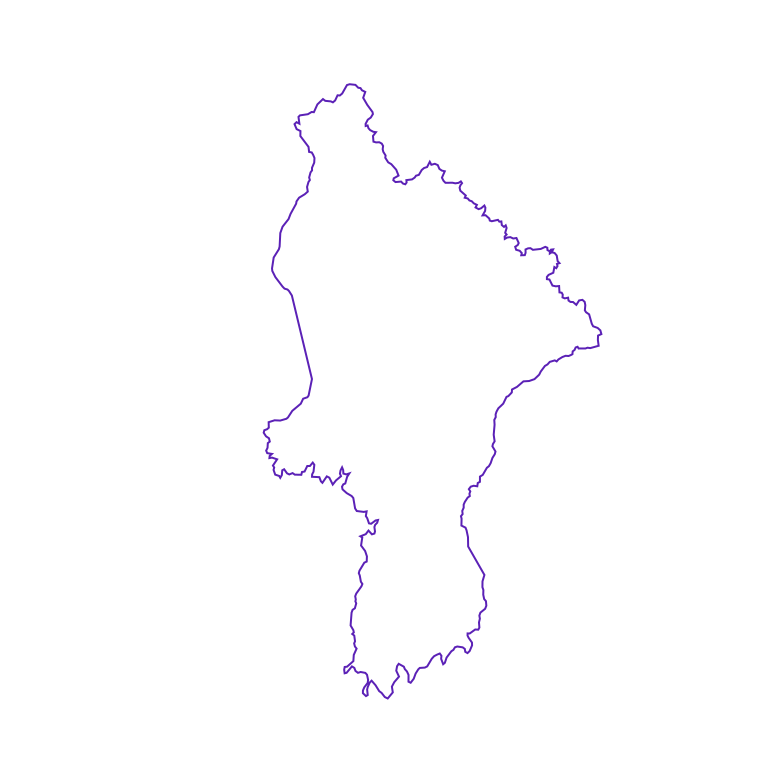 Jaciara, Mato Grosso, Brazil, rotated 320°
{"feature_id": "56859067B94463601942766", "entity_name": "Jaciara", "entity_type": "district", "adm_level": 2, "iso_a3": "BRA", "parent_name": "Brazil", "parent_adm1": "Mato Grosso", "projection": "albers", "projection_center": [-55.21, -15.967], "detail": "fine", "context": "isolated", "style": "outline", "palette": "violet", "viewbox_px": 768, "rotation_deg": 320, "n_neighbors": 0, "source": "geoboundaries", "source_scale": "gbopen_adm2", "svg_char_len": 6167}
<svg xmlns="http://www.w3.org/2000/svg" viewBox="0 0 768 768"><g transform="rotate(320 384 384)"><path d="M250.9,359.3L250.1,361.9L253.2,365.5L250.2,365.6L248.6,367.1L250.9,368.4L253.7,373.0L246.5,375.1L246.2,377.4L244.2,378.8L242.4,383.5L244.6,387.1L244.2,389.2L247.2,388.1L250.6,384.7L252.7,385.1L252.3,390.1L253.3,392.4L256.7,393.5L257.4,396.1L262.3,400.4L264.6,398.7L266.9,400.0L272.5,397.5L274.5,399.2L278.9,398.4L278.7,401.1L273.6,405.9L270.9,407.0L269.2,408.8L274.6,413.8L273.1,418.0L273.3,420.1L280.8,418.0L281.9,420.6L280.1,428.1L285.3,427.0L291.8,427.0L292.6,424.4L295.1,422.3L298.3,420.9L297.4,423.7L295.3,426.5L297.0,429.0L300.0,430.2L296.1,431.4L290.4,435.3L288.3,434.7L285.8,435.7L284.5,438.1L285.3,443.6L287.2,449.0L287.2,451.6L281.9,460.7L281.5,463.8L286.3,469.0L288.8,470.4L285.2,473.5L284.9,476.0L282.9,481.1L284.3,482.8L289.8,483.1L292.0,484.3L289.6,485.9L286.7,486.2L284.7,487.4L282.3,491.2L280.5,492.4L278.1,491.4L277.9,486.3L273.5,487.3L268.0,485.5L268.7,487.6L262.6,493.0L262.2,499.8L260.1,505.1L256.6,508.9L254.1,508.2L245.3,511.2L243.1,512.7L242.4,515.0L239.2,520.6L238.9,523.3L236.6,524.5L228.0,526.7L225.5,528.1L223.9,530.9L222.4,532.1L221.7,534.2L217.5,537.1L214.8,536.8L212.2,538.3L203.2,547.5L202.3,552.8L201.2,554.9L199.0,555.1L199.5,557.6L196.4,562.5L194.4,563.5L193.0,566.4L192.9,569.1L186.7,572.1L182.4,576.6L174.0,576.8L172.0,575.5L169.8,577.3L167.9,580.3L169.7,581.2L177.9,579.7L178.8,582.4L177.7,585.5L178.4,588.5L181.0,589.6L184.0,593.3L184.1,595.8L181.6,600.5L179.3,602.5L173.9,603.7L170.8,605.3L169.1,607.3L169.6,611.5L171.6,611.8L174.7,607.2L176.9,605.6L181.3,603.5L183.8,603.3L183.9,609.3L182.9,616.2L183.6,619.1L183.4,624.3L184.7,627.3L192.5,625.9L195.5,620.9L200.2,619.0L207.4,617.8L209.1,611.5L212.6,608.6L215.4,607.8L217.5,613.3L216.7,615.8L216.8,619.0L215.8,622.6L211.4,627.8L212.4,630.0L217.3,628.9L222.2,626.1L226.9,624.6L228.9,624.5L233.0,627.5L235.6,628.1L243.9,625.2L247.4,624.7L250.6,625.4L253.5,626.3L253.3,629.1L251.1,631.3L249.2,636.7L251.4,636.7L256.1,633.8L263.9,632.0L266.2,632.3L269.1,631.3L271.4,632.2L275.0,636.3L275.6,638.9L274.1,641.4L275.0,643.8L278.0,643.6L283.5,640.8L285.2,638.6L285.7,632.7L286.3,630.4L287.7,628.8L289.3,630.2L296.1,630.7L298.3,632.8L300.5,631.9L303.5,627.7L306.6,625.4L308.2,622.7L310.9,621.1L317.0,621.2L319.9,619.6L322.5,615.9L322.5,613.1L324.6,609.2L327.7,605.7L328.8,602.9L332.6,598.5L338.2,594.8L344.0,562.6L349.9,555.3L353.2,549.1L354.1,546.4L352.3,542.2L356.9,537.0L358.0,534.7L360.6,534.2L362.4,531.5L365.5,530.0L367.5,527.6L370.1,526.3L375.1,524.8L377.7,525.0L378.9,523.0L381.1,521.7L381.4,519.1L384.5,518.4L387.3,519.6L389.7,522.3L392.2,520.1L394.6,520.6L398.0,516.6L401.2,517.1L409.0,514.3L411.5,514.4L414.8,513.2L419.6,510.3L423.7,509.0L426.0,507.4L427.0,501.4L428.9,500.0L431.9,499.0L435.4,493.4L442.5,486.3L445.4,482.4L448.3,481.2L450.0,479.0L452.4,477.5L456.0,476.1L462.7,475.7L469.6,472.6L471.5,473.2L476.5,472.6L478.5,470.5L484.0,471.7L492.5,471.6L497.1,475.0L502.4,477.0L508.9,476.6L512.1,475.2L518.9,473.6L521.8,474.1L525.2,473.6L530.0,475.7L530.8,477.7L533.4,477.3L538.0,478.0L541.2,479.1L543.4,481.2L545.6,481.9L547.5,482.3L549.5,480.3L551.9,480.4L554.3,479.2L556.2,479.9L555.9,481.9L561.2,486.3L563.2,487.0L565.1,489.1L573.0,492.7L576.1,487.8L579.1,484.5L582.6,485.5L584.2,482.0L583.7,478.4L581.3,474.2L581.9,471.4L585.9,462.5L584.9,458.9L585.2,456.7L588.9,453.0L590.5,450.1L590.1,447.1L587.2,445.4L582.2,447.0L581.5,442.7L579.6,441.0L579.0,438.7L580.5,436.2L577.5,434.6L576.4,432.4L578.4,430.4L578.8,428.3L577.3,426.6L581.1,421.5L578.4,419.6L576.3,416.9L577.9,410.3L576.2,408.4L577.6,406.7L580.2,406.2L585.2,407.6L589.7,403.9L590.4,406.0L592.7,405.2L593.7,403.2L596.1,404.2L596.0,401.5L598.9,396.6L598.9,393.3L597.2,390.9L594.9,390.6L596.3,389.0L595.3,386.5L596.7,384.6L595.7,382.6L590.9,381.3L584.3,376.9L583.5,374.1L581.6,372.7L578.9,371.9L576.8,374.5L574.7,375.8L571.9,373.6L573.7,372.3L573.6,369.2L571.5,366.1L572.7,363.2L575.8,363.5L577.8,362.6L579.3,357.3L576.5,355.6L575.2,352.7L572.5,351.0L569.8,350.5L571.2,348.6L574.0,348.3L574.0,346.1L578.2,343.3L579.2,340.7L576.9,340.8L576.4,338.0L578.4,334.9L576.7,333.8L576.8,331.5L571.2,328.6L570.1,326.8L571.0,324.9L570.3,320.0L567.9,318.2L572.7,316.4L575.0,314.1L575.6,311.8L571.4,311.8L568.9,310.9L567.6,307.6L570.3,306.5L568.9,303.3L568.7,300.4L567.4,298.3L567.4,295.7L565.6,293.2L567.8,292.2L566.7,285.0L568.1,282.2L570.2,280.9L572.9,280.3L573.1,278.2L570.3,277.8L567.6,276.1L565.8,273.8L560.4,269.4L560.2,266.6L561.0,263.2L567.3,260.1L565.5,257.7L564.7,254.8L565.9,250.9L564.5,248.0L561.2,246.5L561.9,243.2L556.5,245.5L553.5,244.3L550.5,244.3L545.1,246.2L542.4,245.0L540.2,245.6L537.0,245.3L532.2,242.2L530.8,244.2L528.7,244.7L527.4,242.7L527.2,239.9L522.6,236.7L522.1,233.9L523.7,232.7L529.1,233.7L531.1,227.7L530.9,220.3L529.7,216.9L530.4,211.5L532.1,210.0L532.7,205.7L533.9,203.3L536.3,201.1L536.8,198.4L535.8,195.8L533.2,193.8L531.7,191.6L535.0,186.9L539.7,185.9L537.9,183.9L536.6,180.6L536.5,178.1L537.6,175.4L535.8,174.6L537.1,172.9L541.5,171.1L545.1,171.4L549.0,170.1L550.0,168.3L550.6,159.5L552.0,151.4L557.4,148.2L555.9,144.8L556.2,142.2L554.7,140.5L554.4,136.5L550.4,132.3L547.8,131.2L538.7,134.6L535.6,134.6L534.0,133.0L528.8,135.4L525.9,135.4L524.9,133.3L521.0,129.3L520.4,126.5L512.7,127.0L505.0,130.7L503.4,129.1L499.1,128.4L492.3,124.2L490.2,124.4L486.5,130.2L485.3,127.2L482.5,127.4L480.9,132.6L482.6,136.5L479.3,140.3L478.6,153.8L475.8,158.1L477.5,160.2L477.0,163.0L476.0,166.2L472.8,169.6L467.8,172.1L466.2,174.1L463.7,174.7L459.4,177.7L458.3,180.1L456.0,180.7L451.7,183.6L449.3,187.6L445.3,187.7L438.7,186.7L434.3,187.9L432.6,189.4L421.8,193.6L416.9,196.3L407.4,198.3L401.6,201.7L392.4,211.6L390.1,213.2L380.8,216.2L372.5,223.5L371.1,225.6L369.5,232.3L368.9,244.2L369.1,247.0L370.8,249.6L371.0,251.7L370.3,257.0L332.0,333.9L318.8,344.4L316.8,344.9L312.6,343.3L307.6,345.6L296.5,345.6L288.9,347.9L286.9,347.9L281.0,345.3L276.9,341.5L271.1,339.1L267.7,343.4L265.4,343.5L262.6,342.5L260.5,344.0L260.0,348.3L261.0,351.6L259.5,354.7L257.0,354.6L253.8,358.0L250.9,359.3ZM597.2,390.9L600.1,389.6L598.3,388.4L596.3,389.0L597.2,390.9Z" fill="none" stroke="#5b21b6" stroke-width="2"/></g></svg>